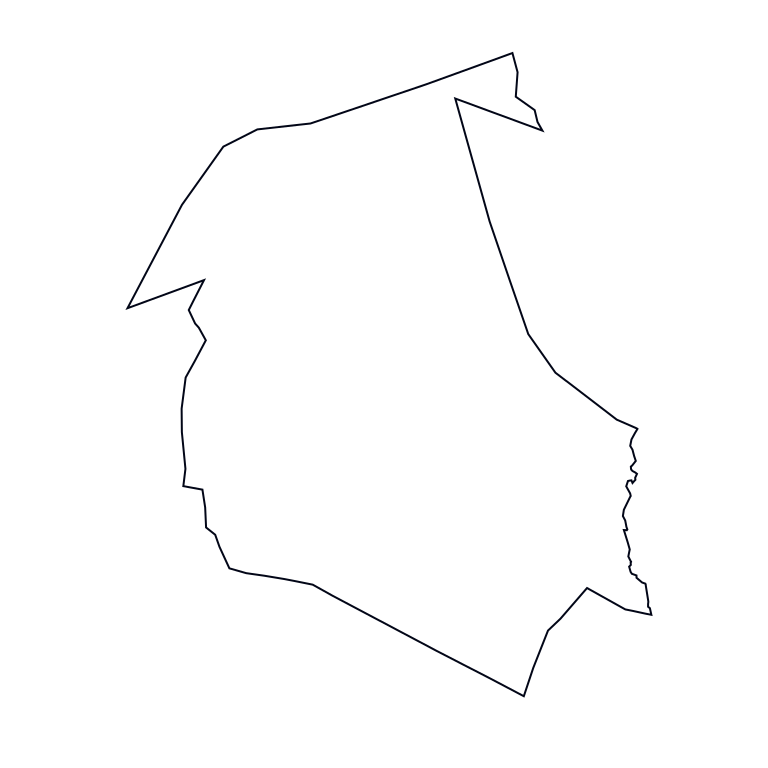 Yaxe, Oaxaca, Mexico, rotated 176°
{"feature_id": "50627088B44296897282663", "entity_name": "Yaxe", "entity_type": "district", "adm_level": 2, "iso_a3": "MEX", "parent_name": "Mexico", "parent_adm1": "Oaxaca", "projection": "albers", "projection_center": [-96.466, 16.708], "detail": "fine", "context": "isolated", "style": "outline", "palette": "ink", "viewbox_px": 768, "rotation_deg": 176, "n_neighbors": 0, "source": "geoboundaries", "source_scale": "gbopen_adm2", "svg_char_len": 1638}
<svg xmlns="http://www.w3.org/2000/svg" viewBox="0 0 768 768"><g transform="rotate(176 384 384)"><path d="M634.6,477.5L556.3,500.2L568.2,480.5L573.6,471.4L568.2,457.5L564.8,453.1L558.7,440.0L571.2,420.0L581.4,404.3L587.6,373.5L589.0,350.1L588.0,313.2L591.3,296.1L572.5,291.3L571.0,273.3L571.5,253.3L562.9,245.4L559.5,233.1L551.1,210.9L534.6,204.9L516.8,201.1L497.1,196.4L486.9,193.7L469.1,188.8L450.3,176.5L366.8,124.5L350.3,114.2L325.3,99.0L299.4,83.3L266.3,62.8L254.9,90.4L238.6,124.5L237.6,126.6L224.3,137.6L195.7,166.3L159.0,142.3L151.3,140.2L149.6,139.7L139.3,136.7L133.4,135.1L134.4,141.8L136.1,143.4L135.9,146.2L135.5,148.2L135.6,149.9L136.9,164.6L136.9,165.6L137.2,166.6L140.4,168.0L145.6,173.1L145.5,175.4L150.0,177.4L151.1,179.4L152.2,184.7L150.4,186.3L150.4,187.5L150.4,188.7L149.9,189.3L149.9,189.5L150.1,189.6L152.3,194.9L151.2,199.0L150.4,201.8L151.8,208.5L154.2,218.7L154.9,221.6L152.0,221.2L151.4,221.9L152.2,224.8L152.2,225.2L152.9,231.0L154.9,235.6L153.5,241.8L146.5,253.9L145.7,255.1L145.9,256.4L146.1,257.7L149.5,265.0L147.4,270.2L145.8,270.5L143.9,270.6L143.0,267.9L141.4,269.5L139.9,270.9L140.0,272.9L137.9,276.7L139.4,278.1L142.2,279.9L143.3,281.3L143.5,282.1L143.5,284.4L142.2,285.3L138.2,289.7L139.5,294.7L140.7,301.1L142.7,305.1L141.0,311.4L137.1,317.5L134.3,321.5L135.0,322.1L154.3,332.2L201.8,374.2L202.1,374.4L212.2,383.3L236.6,423.7L251.3,478.5L267.3,538.8L293.0,663.8L208.3,625.7L212.6,634.7L214.6,646.7L232.5,661.4L229.0,685.7L232.8,705.2L265.6,695.8L321.0,680.0L405.9,657.7L439.2,649.0L451.8,648.5L492.6,646.8L527.7,632.0L573.0,576.9L634.6,477.5Z" fill="none" stroke="#020617" stroke-width="2"/></g></svg>